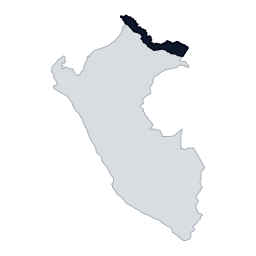 Putumayo, Loreto, Peru shown in context
{"feature_id": "86281439B99020092108711", "entity_name": "Putumayo", "entity_type": "district", "adm_level": 2, "iso_a3": "PER", "parent_name": "Peru", "parent_adm1": "Loreto", "projection": "mercator", "projection_center": [-73.854, -1.731], "detail": "fine", "context": "in_parent", "style": "filled", "palette": "ink", "viewbox_px": 256, "rotation_deg": 0, "n_neighbors": 0, "source": "geoboundaries", "source_scale": "gbopen_adm2", "svg_char_len": 8759}
<svg xmlns="http://www.w3.org/2000/svg" viewBox="0 0 256 256"><path d="M189.0,66.2L188.9,67.0L188.0,67.3L187.0,66.8L185.7,67.0L183.7,65.1L178.9,65.4L176.8,67.6L173.7,68.0L170.2,69.0L166.3,69.4L160.1,72.8L158.7,74.2L156.0,76.2L153.7,76.9L152.6,83.1L150.3,86.8L149.5,88.8L150.7,91.8L150.7,93.2L149.4,94.4L148.4,94.6L146.3,95.9L143.2,98.6L142.6,100.7L143.6,103.5L143.3,103.8L140.7,104.4L140.7,105.9L140.2,106.5L142.4,108.8L143.6,109.3L143.7,109.9L143.5,110.4L143.0,110.7L142.9,111.2L144.5,112.8L145.7,116.2L148.0,117.8L148.0,118.9L148.7,119.9L149.9,120.7L152.6,124.1L152.7,125.7L149.8,129.2L154.6,129.2L159.8,130.4L160.6,131.0L161.2,132.6L161.3,133.7L162.3,134.5L162.2,136.5L169.2,136.5L173.6,136.0L180.9,130.0L182.1,129.5L181.4,130.8L181.4,131.8L181.7,132.8L180.9,134.3L180.8,148.9L182.1,148.1L183.9,149.5L185.1,149.5L189.1,147.9L193.7,148.1L204.5,167.3L203.6,168.6L203.6,169.6L202.3,170.4L201.0,172.0L200.9,179.6L199.8,182.0L200.4,183.2L201.0,185.6L202.0,187.1L202.3,188.0L202.1,188.4L200.6,189.2L200.5,190.6L197.9,193.4L197.4,195.2L196.3,195.8L196.2,197.9L198.6,201.4L197.0,203.4L195.6,206.4L198.1,212.8L199.1,213.7L200.1,213.7L201.7,214.2L202.6,215.2L200.6,216.4L200.3,216.9L200.4,219.0L198.3,220.6L195.4,224.7L194.6,224.9L193.1,226.1L192.9,226.7L193.1,227.3L194.4,228.5L194.5,230.0L192.4,231.8L190.9,232.0L190.4,232.5L191.0,235.0L191.0,236.1L190.5,237.4L189.5,238.9L186.4,240.4L183.5,240.6L178.7,236.9L177.2,235.4L172.4,232.2L171.7,228.9L170.1,227.3L167.1,226.1L164.8,224.4L163.1,223.6L158.8,219.9L154.8,218.7L147.5,214.8L143.5,213.5L138.4,209.8L135.7,208.9L133.5,207.2L126.9,203.6L125.8,202.4L124.8,200.6L123.3,199.6L121.7,197.1L119.2,195.7L116.8,193.8L113.9,188.7L112.5,187.6L112.4,185.3L111.5,184.2L112.9,183.5L113.8,179.9L113.3,178.1L110.0,173.3L109.3,171.3L106.9,167.6L106.0,165.4L104.0,163.8L103.2,162.4L102.1,161.8L102.0,160.1L101.3,156.9L100.2,155.3L96.3,152.3L95.9,149.0L95.0,146.7L89.6,137.5L86.5,128.7L83.8,123.8L82.7,121.0L82.6,119.5L80.7,116.9L79.6,114.5L75.2,109.9L72.6,104.9L72.3,103.4L70.5,100.6L67.7,96.9L66.3,95.5L57.9,91.0L53.9,88.3L53.4,86.9L53.6,86.1L54.5,85.3L55.7,85.9L56.4,85.6L57.0,84.7L57.0,83.1L56.3,81.2L53.5,77.5L54.3,75.8L51.5,71.4L52.1,67.2L52.8,66.1L56.9,61.9L58.0,60.0L59.8,58.9L61.6,57.2L63.7,55.9L64.4,56.3L65.0,58.6L64.9,60.1L65.5,61.8L64.0,63.4L62.4,63.0L61.7,63.4L61.5,64.1L61.8,65.3L62.2,65.8L63.4,65.8L61.8,68.1L61.9,68.5L63.0,68.9L64.1,68.4L65.3,67.1L66.0,66.9L70.1,69.1L72.0,68.8L73.5,69.8L73.7,71.4L75.8,74.6L78.8,75.3L79.4,75.1L80.1,73.9L80.7,73.7L80.9,72.0L83.6,70.1L84.0,68.9L83.6,68.0L83.6,67.3L85.2,63.1L85.7,62.7L86.2,61.4L86.8,60.6L87.7,56.0L88.4,56.0L89.1,57.1L89.9,56.8L89.5,55.8L89.6,55.4L92.6,51.8L93.5,51.0L107.8,45.9L115.0,40.7L121.2,33.4L123.2,26.1L123.9,26.6L125.1,26.4L124.7,23.4L125.0,22.0L124.9,21.6L123.0,19.8L122.2,17.9L120.5,16.8L120.6,16.4L122.4,16.8L124.0,16.6L125.4,15.4L126.5,15.5L128.8,17.2L130.5,17.3L131.1,18.5L132.8,19.4L135.2,21.9L136.3,24.7L136.2,25.2L137.2,26.6L139.6,27.3L141.9,29.4L144.3,30.0L145.4,31.8L146.0,32.4L146.3,33.5L146.0,34.7L146.3,35.4L148.1,36.5L149.6,36.5L149.9,37.0L150.8,40.1L150.2,41.6L150.5,42.4L152.4,43.2L153.0,43.9L154.6,44.0L156.8,43.3L159.6,44.3L161.8,43.9L162.8,43.7L163.8,43.0L164.6,43.0L166.8,41.1L167.4,40.9L169.7,41.8L171.7,43.1L174.1,42.9L175.1,42.1L176.9,41.6L180.1,43.2L180.8,44.0L181.6,44.1L185.0,45.8L185.6,46.4L187.4,47.0L187.8,47.6L187.7,48.2L179.7,60.7L182.2,61.7L184.5,61.1L185.7,61.9L186.6,63.9L188.4,65.3L189.0,66.2Z" fill="#d9dde1" stroke="#a8b0b8" stroke-width="1"/><path d="M182.8,56.3L187.9,48.3L187.7,47.8L187.8,47.3L187.6,46.9L187.4,47.0L187.2,47.5L186.6,47.4L186.7,47.0L186.6,46.8L186.4,46.8L186.2,47.1L186.0,46.9L185.8,46.0L185.6,45.7L185.4,45.7L184.8,46.1L184.3,45.9L184.3,45.7L184.9,45.5L185.0,45.3L185.0,45.2L184.2,45.0L183.7,45.4L183.4,45.4L183.2,45.3L183.1,44.9L182.9,44.6L182.4,44.8L182.0,44.3L181.7,44.1L181.4,44.2L181.9,44.4L181.9,44.7L181.5,44.9L181.1,44.9L180.8,44.6L181.0,43.9L180.6,44.0L180.4,43.9L180.6,43.5L180.5,43.3L179.5,43.1L179.2,42.6L178.5,42.6L178.3,41.9L178.1,41.8L177.7,41.8L177.5,42.1L177.3,42.2L177.0,42.0L176.8,41.7L176.5,41.6L176.4,41.7L176.3,41.9L176.6,42.6L176.6,42.8L176.3,42.7L176.1,42.4L175.9,42.4L175.1,42.5L174.9,42.6L174.9,43.2L174.5,43.2L174.4,43.7L174.1,43.6L173.7,43.2L173.3,43.4L173.2,43.1L172.8,43.3L172.6,43.7L172.2,43.7L171.7,44.0L171.6,43.8L171.7,43.3L171.3,43.0L171.0,42.4L170.7,42.3L170.7,43.2L170.6,43.4L170.2,42.7L170.2,42.1L169.4,42.0L168.7,41.5L167.8,41.8L167.7,41.5L167.8,41.0L167.6,40.8L167.2,41.0L166.8,41.6L166.6,41.4L166.4,41.4L165.8,42.9L165.2,42.9L165.2,43.1L165.4,43.5L165.2,43.7L165.0,43.4L164.3,43.5L163.8,43.1L163.4,43.5L163.2,43.6L162.7,44.0L162.8,44.5L162.6,44.8L162.4,44.7L162.4,44.3L162.2,44.3L161.7,44.5L161.4,44.3L161.2,44.4L161.3,44.6L161.0,44.6L160.8,44.8L159.9,45.0L159.8,44.9L159.8,44.6L159.5,44.1L159.2,44.4L158.7,44.2L158.2,44.2L157.9,44.0L157.5,43.9L157.2,43.5L156.9,43.4L156.7,43.5L156.7,43.8L156.5,44.0L156.3,44.4L156.2,44.5L156.1,44.1L155.9,43.8L155.6,43.8L155.5,44.2L155.4,44.2L155.2,43.9L155.0,43.7L154.7,44.1L154.1,44.4L153.6,44.3L153.1,44.6L153.3,44.2L152.9,43.9L152.7,43.2L152.4,43.4L151.9,42.9L151.8,43.0L151.8,43.4L151.6,43.4L151.5,42.9L151.3,42.8L151.1,43.0L150.8,43.0L150.9,42.6L150.5,42.2L150.3,41.9L150.3,41.4L150.7,41.3L150.9,40.7L151.4,40.4L151.5,40.1L151.0,40.0L151.2,39.5L150.9,39.2L150.8,38.9L151.0,38.4L150.9,38.0L151.0,37.7L150.5,37.4L150.5,36.7L150.1,36.8L149.9,36.2L149.6,36.0L149.5,36.7L149.2,36.7L149.4,36.5L149.3,36.4L148.8,36.4L148.6,36.5L148.6,36.9L148.5,37.0L148.4,36.7L147.7,36.4L147.1,36.5L147.1,36.2L146.8,35.9L146.3,35.8L145.9,35.5L145.8,35.3L146.1,35.0L146.2,34.5L146.7,34.1L146.8,33.9L146.7,33.8L146.4,33.9L146.5,33.4L146.3,33.2L146.4,32.8L146.1,32.8L146.0,32.6L145.9,32.2L145.2,32.1L145.3,32.0L145.6,32.0L145.7,31.9L145.5,31.5L145.3,31.3L145.4,30.9L145.1,31.0L144.9,30.8L144.8,30.1L144.5,30.2L144.1,29.9L143.8,30.0L143.5,30.0L143.3,29.4L143.2,29.5L143.2,29.9L143.0,30.1L142.8,30.1L142.8,29.9L142.5,30.0L142.4,29.8L142.0,29.8L141.5,29.0L141.5,28.6L141.3,28.5L140.7,28.5L140.6,28.4L140.8,28.2L140.7,28.0L140.4,28.2L140.1,28.1L140.0,27.7L140.0,27.2L139.8,27.1L139.7,27.5L139.1,27.6L138.2,27.1L137.6,27.1L137.0,26.8L137.0,26.3L136.9,25.8L136.4,25.7L136.5,25.4L137.0,25.5L137.0,25.1L137.3,24.8L136.8,24.9L136.7,24.7L136.8,24.3L136.4,24.5L136.4,24.0L136.1,24.1L135.7,23.8L135.7,23.6L136.0,23.4L136.1,23.1L135.7,22.8L135.9,22.4L135.5,22.0L135.5,21.4L135.2,21.6L135.1,20.9L134.6,20.8L134.5,20.6L134.2,20.8L134.2,20.5L133.8,20.5L133.5,20.0L133.3,19.9L133.3,19.6L132.8,19.5L132.9,19.1L132.2,19.4L132.0,19.2L132.0,18.9L131.6,19.1L131.4,19.0L131.4,18.4L130.8,17.3L130.4,17.2L130.0,17.7L129.4,17.8L129.2,17.4L129.0,17.6L128.6,17.2L128.5,16.7L127.9,16.7L127.2,15.9L126.5,15.7L126.0,15.4L125.5,15.5L125.5,15.8L125.0,16.2L125.0,16.4L124.8,16.5L124.7,16.8L124.6,16.7L124.4,16.8L124.0,16.8L123.9,16.9L123.9,16.7L123.7,16.7L123.7,16.9L123.2,16.9L122.9,16.8L122.6,16.7L121.9,16.3L121.6,16.3L121.4,16.5L120.9,16.3L120.9,16.2L120.7,16.3L120.7,17.2L121.0,17.2L121.3,17.1L121.7,17.1L122.3,17.8L122.4,18.5L122.5,18.5L123.1,19.7L123.4,19.9L123.4,20.1L123.8,20.3L123.9,20.5L124.2,20.4L124.4,20.6L124.4,20.9L124.5,20.8L124.6,21.0L124.7,20.9L124.9,21.0L124.9,21.3L125.1,21.2L125.2,21.5L125.4,21.6L125.4,21.8L125.2,21.9L125.2,22.2L125.4,22.2L125.3,22.3L125.2,22.8L125.4,23.0L125.9,23.5L125.7,23.6L125.8,23.8L126.5,24.0L126.9,24.3L127.4,24.3L127.6,24.6L127.8,24.5L128.3,24.8L128.7,25.6L129.0,25.8L129.2,26.0L129.5,26.0L129.6,26.6L130.0,27.2L130.6,27.4L130.7,27.6L131.1,27.7L131.3,28.3L131.5,28.3L131.6,28.8L132.4,29.6L132.5,29.8L132.8,30.0L133.1,30.3L133.1,30.7L133.6,30.9L133.7,31.2L134.0,31.2L134.2,31.6L134.6,31.5L134.9,31.8L135.0,31.7L135.3,31.8L136.3,32.1L136.5,32.3L136.8,32.2L137.5,32.5L137.8,32.4L138.4,32.7L139.1,33.3L140.2,33.3L140.5,34.0L140.9,34.1L140.9,34.3L141.1,34.4L141.6,35.2L142.0,35.2L142.3,35.4L142.4,36.2L142.1,37.0L142.2,37.3L141.7,37.8L141.7,38.3L141.4,38.7L141.2,38.8L141.6,39.1L141.9,39.3L142.6,39.4L142.8,40.6L143.4,41.0L143.2,41.7L143.5,42.0L143.7,42.6L143.9,42.7L144.3,42.6L144.7,42.7L145.4,43.2L145.5,43.5L146.1,43.7L146.5,44.0L147.0,44.1L147.8,44.7L147.8,45.0L147.5,45.6L147.9,46.4L148.3,46.6L149.0,46.8L149.8,47.5L150.6,47.7L150.8,48.4L151.5,48.5L153.7,50.2L155.1,50.2L156.5,49.8L157.8,49.8L159.2,49.3L159.7,49.4L160.0,49.2L160.7,49.2L161.4,49.3L162.2,48.8L162.5,48.8L163.2,49.2L163.5,49.2L164.0,49.0L164.6,49.7L166.2,50.1L166.8,50.1L167.0,50.4L167.0,51.0L167.3,51.5L167.9,51.7L168.5,51.7L168.9,52.0L170.3,52.4L170.7,53.0L171.1,53.2L171.1,53.5L171.9,53.5L172.2,53.3L172.7,53.4L172.9,53.6L173.2,53.6L173.6,53.9L174.6,53.7L175.7,53.8L175.9,54.2L176.7,54.5L177.1,55.0L178.1,55.5L178.9,55.7L180.2,55.6L180.4,55.7L180.7,56.1L181.0,56.2L181.5,56.3L182.2,56.0L182.8,56.3Z" fill="#0f172a" stroke="#020617" stroke-width="1.5"/></svg>